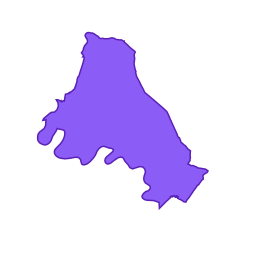 outline of Buhoci, Bacau, Romania, rotated 308°
{"feature_id": "2599482B2081503417481", "entity_name": "Buhoci", "entity_type": "district", "adm_level": 2, "iso_a3": "ROU", "parent_name": "Romania", "parent_adm1": "Bacau", "projection": "natural_earth1", "projection_center": [27.027, 46.571], "detail": "fine", "context": "isolated", "style": "filled", "palette": "violet", "viewbox_px": 256, "rotation_deg": 308, "n_neighbors": 0, "source": "geoboundaries", "source_scale": "gbopen_adm2", "svg_char_len": 5684}
<svg xmlns="http://www.w3.org/2000/svg" viewBox="0 0 256 256"><g transform="rotate(308 128 128)"><path d="M194.2,71.4L193.9,71.1L193.6,70.6L193.5,70.3L193.5,69.2L193.3,68.3L192.6,67.7L191.5,65.8L190.8,64.6L190.5,64.3L190.4,64.0L190.3,63.2L190.3,62.2L189.9,61.5L189.3,60.0L188.7,59.3L186.9,58.1L184.6,55.5L184.1,54.8L183.3,53.2L181.3,50.8L181.2,50.5L181.4,49.8L181.8,48.3L181.7,47.5L181.6,46.6L181.5,45.8L181.4,45.1L181.4,43.6L181.1,42.3L180.9,41.4L180.2,40.7L180.0,40.2L179.5,38.9L178.6,37.8L178.1,37.3L177.6,37.1L176.9,36.9L176.0,36.8L175.3,36.9L174.7,37.1L174.2,37.6L173.8,38.1L172.7,41.0L172.2,41.8L171.1,43.0L170.8,43.1L169.9,43.4L169.4,43.1L167.8,43.3L166.5,43.1L166.0,43.1L165.5,43.3L165.1,43.5L164.9,43.6L163.6,43.8L163.3,43.9L162.3,44.5L161.8,44.7L161.5,44.9L160.9,44.9L158.6,45.0L158.4,45.5L158.4,45.8L158.2,46.2L158.1,46.6L157.9,47.8L157.7,48.2L157.6,48.3L156.3,48.6L156.2,48.6L156.5,49.0L156.7,49.4L156.8,50.0L154.9,51.0L152.5,52.1L149.8,53.2L144.2,55.2L140.6,56.6L139.9,57.0L138.6,57.3L138.3,57.2L137.5,57.2L136.9,57.3L136.3,57.5L135.3,57.9L134.5,58.3L133.6,58.9L132.9,59.3L132.4,59.4L131.3,59.9L130.3,60.3L130.0,60.3L129.8,60.4L129.3,60.7L129.1,60.8L128.7,60.9L128.5,61.0L128.1,61.1L127.9,61.0L127.7,61.2L127.5,61.3L127.0,61.3L126.1,61.7L125.6,61.8L125.2,61.7L124.7,61.4L124.3,61.4L123.9,61.5L123.5,61.4L123.2,61.4L122.6,61.2L122.0,60.9L121.6,60.9L121.2,60.7L120.8,60.5L120.5,60.5L120.2,60.6L120.2,60.4L120.3,60.2L120.0,59.9L119.7,59.8L119.2,59.9L118.9,60.0L118.7,60.1L118.4,59.8L118.4,59.5L118.3,59.4L117.5,59.2L117.1,59.0L117.0,58.8L116.8,58.4L116.4,58.1L116.1,57.9L110.0,61.2L109.7,60.3L109.6,60.2L109.2,60.0L108.0,59.9L107.8,59.8L108.4,58.3L107.5,58.1L107.5,57.2L107.4,56.5L107.1,55.7L107.0,55.2L106.1,54.1L104.7,57.4L102.2,59.7L98.7,60.8L95.3,60.3L93.2,58.0L91.7,57.4L83.5,55.7L81.6,56.2L84.0,58.3L79.1,61.6L75.8,62.2L70.3,60.8L67.6,61.0L66.3,61.7L64.2,63.1L63.2,64.1L62.8,64.7L62.2,66.0L61.9,67.6L62.2,69.5L62.7,71.4L63.4,72.8L63.8,73.3L65.3,74.4L66.3,74.8L67.3,75.1L69.5,75.2L71.1,75.0L74.8,73.8L81.6,73.2L84.0,72.5L84.5,74.0L85.8,76.5L86.5,78.0L86.7,79.2L86.2,80.2L85.1,81.4L83.7,82.3L81.7,83.3L79.4,84.0L76.7,84.4L74.4,84.5L67.7,83.8L65.7,83.8L64.3,84.4L63.0,85.4L62.2,86.9L61.8,88.5L61.8,90.4L62.2,92.3L63.2,94.4L64.8,97.1L67.3,99.8L69.3,101.7L71.2,103.3L72.8,104.9L74.0,106.6L74.2,108.1L74.0,109.7L73.4,110.7L72.1,112.2L71.1,114.0L71.3,115.2L72.6,116.7L74.6,117.9L77.9,118.8L83.1,119.2L86.6,119.0L90.7,117.9L93.7,117.8L96.7,118.5L98.7,120.2L99.6,122.6L100.6,125.5L101.8,127.6L102.0,129.7L100.8,130.4L98.6,130.3L92.2,128.9L90.0,128.9L87.9,130.0L86.8,131.6L86.8,133.6L87.9,135.0L90.3,136.2L93.2,136.8L98.5,138.5L100.4,140.0L101.4,141.6L101.3,143.0L99.9,146.2L99.1,150.8L97.9,153.9L98.6,156.8L101.1,158.4L104.8,161.0L106.4,163.6L106.0,166.5L104.0,168.9L100.6,170.1L97.8,171.5L96.1,173.5L95.4,175.7L95.7,178.5L95.8,180.7L95.3,181.8L94.2,182.6L92.7,182.9L90.6,182.4L89.1,181.2L86.5,180.6L84.3,180.6L82.8,181.1L81.8,182.4L81.7,184.9L82.7,187.3L84.6,190.0L86.7,193.1L88.5,198.3L84.0,202.2L93.3,203.3L99.7,204.4L99.9,203.7L100.8,204.0L100.9,204.4L101.7,204.8L102.2,205.4L102.1,205.5L101.9,205.4L101.6,205.6L102.6,206.0L103.1,206.0L103.3,206.2L103.4,206.4L103.0,207.4L102.7,207.5L102.5,207.9L102.6,208.0L102.8,208.2L103.0,208.5L103.3,208.5L104.4,208.0L104.6,209.0L104.8,209.4L104.8,209.6L104.5,209.8L104.1,210.0L103.5,209.9L103.2,210.4L103.5,210.9L103.4,211.9L103.5,212.2L103.7,212.8L104.0,214.0L104.1,214.9L104.2,215.7L104.2,216.3L104.2,217.2L105.2,219.2L107.5,218.8L108.8,218.8L109.7,219.0L110.5,218.9L113.6,218.7L116.7,218.5L117.2,218.5L118.9,218.3L120.7,218.3L124.2,218.2L125.4,218.0L125.8,217.9L126.3,218.5L126.7,218.6L128.8,218.4L129.8,218.4L132.1,218.3L133.2,218.5L133.9,218.8L135.3,217.9L136.2,216.5L138.1,216.3L139.4,216.9L140.3,217.1L140.6,217.2L141.3,217.7L142.3,217.7L142.6,217.7L143.2,217.5L143.4,217.5L143.4,217.2L143.2,217.1L143.2,216.9L143.4,216.6L143.4,216.2L143.4,215.0L143.2,214.2L143.0,213.9L142.7,213.2L142.5,212.9L142.1,212.3L141.8,211.8L141.7,211.4L141.3,210.5L140.6,209.5L140.3,209.0L140.1,208.6L139.6,207.5L139.5,207.1L139.4,206.6L139.5,206.2L139.4,205.7L139.0,204.7L138.7,203.4L138.6,202.9L138.5,202.5L138.3,202.2L137.7,201.4L137.3,201.1L137.1,200.7L137.0,200.4L137.1,199.5L137.0,198.9L137.0,198.6L136.4,197.7L136.8,197.3L138.1,197.0L138.9,197.1L140.4,197.0L140.7,196.7L141.3,196.2L141.5,196.1L142.2,195.9L142.8,195.6L143.5,195.0L144.2,194.2L144.9,193.7L145.4,193.3L146.6,192.5L146.9,192.2L147.7,191.7L148.3,191.5L148.4,191.4L148.5,191.2L148.5,190.8L148.4,190.1L148.4,187.6L148.4,187.3L148.9,186.2L149.1,185.5L149.2,185.1L149.1,184.8L149.3,184.0L149.2,182.5L149.3,182.0L149.3,180.6L149.4,179.9L149.4,178.8L149.5,178.3L149.9,177.7L150.5,177.0L150.9,176.3L151.4,175.5L151.5,175.3L151.9,174.5L151.9,174.2L151.8,173.5L151.6,173.4L152.2,172.3L152.3,172.0L152.8,171.2L153.2,170.8L153.9,169.3L154.4,168.5L155.3,166.7L156.0,165.3L157.7,162.1L159.0,159.6L159.6,158.4L160.1,157.7L160.7,156.2L161.2,155.5L161.4,155.1L161.8,154.3L162.6,153.0L163.2,151.8L163.9,150.6L164.1,150.0L164.7,148.8L164.9,148.3L165.4,142.1L165.4,140.8L165.8,133.5L166.3,120.2L166.2,119.6L168.2,115.6L169.0,113.8L169.2,113.1L171.5,108.5L173.7,103.5L174.0,102.9L174.4,102.3L174.8,102.0L175.2,101.5L175.5,100.9L175.9,100.4L176.3,100.0L176.9,99.7L177.3,99.5L177.6,99.3L177.8,98.7L178.3,98.0L179.5,96.4L179.9,95.9L180.3,95.6L181.1,94.5L181.7,93.9L182.1,93.4L182.8,92.9L183.9,92.3L186.2,90.9L187.1,90.3L187.7,89.6L188.9,88.3L189.2,88.0L190.6,87.4L191.1,87.2L192.0,87.1L192.3,86.9L192.6,86.4L192.6,85.8L192.7,84.2L192.6,83.8L192.6,82.9L192.8,78.6L192.9,78.2L193.1,77.0L193.2,75.5L193.3,73.8L193.4,72.8L193.5,71.9L194.2,71.4Z" fill="#8b5cf6" stroke="#5b21b6" stroke-width="1.5"/></g></svg>